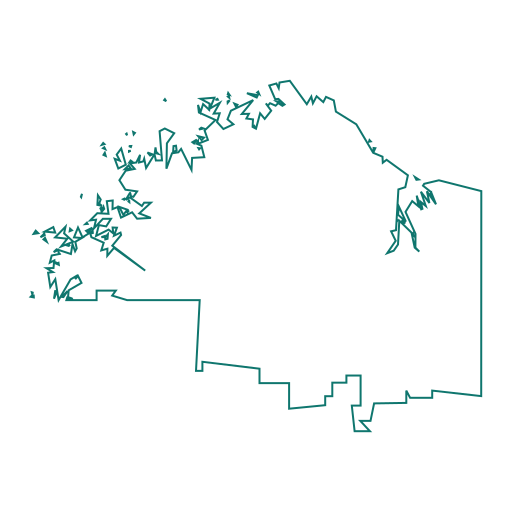 the district of Wyndham-East Kimberley, Western Australia, Australia
{"feature_id": "25037944B52727077839859", "entity_name": "Wyndham-East Kimberley", "entity_type": "district", "adm_level": 2, "iso_a3": "AUS", "parent_name": "Australia", "parent_adm1": "Western Australia", "projection": "mercator", "projection_center": [125.999, -15.512], "detail": "fine", "context": "isolated", "style": "outline", "palette": "teal", "viewbox_px": 512, "rotation_deg": 0, "n_neighbors": 0, "source": "geoboundaries", "source_scale": "gbopen_adm2", "svg_char_len": 6015}
<svg xmlns="http://www.w3.org/2000/svg" viewBox="0 0 512 512"><path d="M346.4,382.7L346.4,375.5L360.6,375.5L360.6,405.6L351.8,405.6L354.6,431.2L369.9,431.2L360.3,420.9L370.5,420.9L374.1,403.4L406.3,402.9L406.3,390.6L410.1,397.8L432.2,397.8L432.2,390.6L481.2,396.1L481.3,191.1L438.9,180.3L424.2,183.8L423.0,185.7L431.1,192.1L436.0,204.3L426.9,191.3L429.4,203.0L420.9,191.7L425.8,206.0L420.9,202.0L422.4,208.8L421.2,209.3L416.7,195.6L418.4,206.3L412.2,201.1L405.5,211.9L415.5,233.9L415.4,247.6L419.3,251.6L414.7,247.6L411.5,232.6L399.3,220.7L398.0,244.5L393.7,250.7L387.2,253.2L395.7,240.8L391.1,231.3L396.0,230.2L398.4,189.4L405.3,187.2L407.9,175.3L386.6,159.8L382.8,162.7L382.5,156.7L373.2,152.8L356.3,124.3L335.9,111.6L333.8,100.4L326.0,96.9L323.3,102.1L316.6,96.3L312.9,103.3L311.3,96.6L306.8,104.2L289.8,80.8L279.5,82.5L278.7,88.2L276.4,83.5L269.3,85.5L275.2,99.2L278.4,98.9L284.5,104.5L282.4,105.8L278.2,103.1L275.6,105.7L270.0,103.2L267.8,105.7L265.8,103.4L271.2,110.7L264.7,118.9L260.1,113.3L256.0,128.7L252.6,126.9L253.0,119.4L246.4,118.5L248.9,113.8L241.8,114.0L253.2,100.1L230.9,110.7L227.5,119.3L233.4,124.3L223.4,129.0L217.0,122.0L219.7,113.3L213.7,113.6L219.8,102.8L209.9,108.6L214.4,97.7L200.5,98.8L209.6,103.6L209.2,109.8L203.1,104.1L200.5,112.2L198.0,104.9L198.9,112.5L215.5,120.0L204.6,130.5L207.9,139.9L197.4,144.0L201.4,145.7L204.3,157.2L192.1,157.9L191.5,169.9L181.1,148.9L178.4,152.3L172.0,153.3L166.4,168.7L166.9,143.3L174.2,133.2L164.8,128.5L159.6,131.2L162.0,160.4L155.9,160.5L154.5,154.3L146.1,168.0L144.2,158.7L143.3,161.4L139.0,162.5L140.1,154.8L136.3,162.5L129.9,163.4L134.7,168.9L125.7,170.7L119.4,180.2L125.4,189.7L137.1,191.4L133.4,196.8L131.0,196.4L130.4,193.6L130.1,193.0L129.8,193.1L125.7,199.9L129.9,197.4L141.9,206.0L144.1,202.7L150.9,202.7L139.3,213.4L150.9,217.9L137.1,218.7L132.1,212.3L121.0,217.6L117.5,207.1L112.5,209.1L112.7,200.5L106.8,201.2L108.5,213.8L97.3,213.2L90.2,220.4L96.0,219.7L94.0,228.3L102.9,218.8L111.0,218.8L106.2,226.4L98.9,225.1L96.1,235.9L108.6,229.6L113.3,233.4L112.6,227.5L116.9,227.7L114.0,235.7L120.5,232.6L121.1,235.0L112.3,245.7L145.2,270.6L114.0,247.9L107.3,255.8L107.4,248.7L101.3,250.4L103.7,242.7L91.4,237.2L90.3,233.6L91.3,231.9L82.5,237.3L78.0,227.5L74.0,237.4L81.8,238.0L75.3,241.8L76.7,248.4L75.1,251.3L72.5,244.1L70.9,254.0L56.6,249.3L53.7,252.1L58.1,250.1L58.8,253.1L59.7,253.7L59.8,253.9L51.7,255.5L49.8,262.7L54.4,260.4L54.5,262.5L55.8,262.4L57.6,263.2L58.5,262.8L58.8,264.8L54.3,262.8L54.5,261.7L54.1,261.5L53.5,268.0L46.5,268.2L52.9,272.1L48.1,272.7L50.3,287.0L55.3,279.2L58.6,300.1L70.6,279.4L78.0,275.0L75.2,279.2L78.0,275.9L81.5,282.9L68.7,290.3L68.0,297.1L71.8,298.4L72.2,299.1L71.7,300.1L96.6,300.1L96.6,290.6L115.8,290.6L112.2,295.6L127.0,300.1L199.7,300.1L196.0,370.9L202.4,370.9L202.4,361.8L259.5,368.7L259.5,383.1L289.1,383.1L289.1,408.7L325.2,405.2L325.2,396.2L332.3,396.2L332.3,382.7L346.4,382.7ZM55.1,237.4L67.3,238.7L61.1,246.5L73.3,241.7L64.1,233.4L65.5,226.7L55.1,237.4ZM118.3,168.5L125.8,164.7L121.2,148.5L116.7,154.6L119.9,160.7L114.7,158.8L118.3,168.5ZM398.0,214.7L405.9,221.6L399.0,206.8L398.0,214.7ZM44.7,231.6L55.2,232.6L53.3,227.1L44.7,231.6ZM127.4,209.7L119.3,206.9L123.3,214.8L127.4,209.7ZM97.4,204.9L101.9,205.8L99.2,203.6L100.7,199.5L97.9,195.3L97.4,204.9ZM92.3,227.7L86.1,230.8L88.0,232.6L92.3,227.7ZM246.9,93.2L256.7,97.5L257.8,95.2L246.9,93.2ZM204.0,137.6L198.2,136.2L201.6,140.1L204.0,137.6ZM63.4,297.1L67.6,291.0L61.7,296.9L63.4,297.1ZM173.1,152.1L176.6,150.4L176.0,145.7L173.5,146.1L173.1,152.1ZM155.5,147.4L154.8,152.9L158.2,153.8L156.2,151.8L155.5,147.4ZM107.9,234.3L105.1,237.5L105.3,239.4L107.5,238.8L107.9,234.3ZM38.2,233.2L35.7,230.7L33.6,233.9L38.2,233.2ZM130.8,168.5L128.6,165.4L124.9,169.1L130.8,168.5ZM31.7,295.8L30.7,296.8L33.8,297.4L33.7,295.6L31.7,295.8ZM196.8,139.6L192.4,142.2L194.1,143.5L196.8,139.6ZM373.6,148.0L373.4,152.3L375.3,148.2L373.6,148.0ZM71.4,300.1L67.2,297.6L66.4,300.1L71.4,300.1ZM103.5,206.8L101.2,212.4L104.2,208.9L103.5,206.8ZM276.5,101.4L282.5,105.2L284.2,104.5L280.9,101.6L276.5,101.4ZM234.4,103.6L236.1,107.0L237.5,104.8L234.4,103.6ZM55.3,290.2L54.0,298.7L55.9,294.0L55.3,290.2ZM147.5,152.5L150.1,155.5L152.4,154.3L147.5,152.5ZM431.1,193.0L429.8,194.4L431.1,195.9L431.1,193.0ZM46.7,241.7L45.0,237.9L43.5,239.4L46.7,241.7ZM40.5,237.2L44.7,235.2L44.2,233.3L43.4,234.5L40.5,237.2ZM201.3,127.7L199.0,129.5L203.6,128.5L201.3,127.7ZM415.0,177.1L416.4,179.8L418.7,179.5L415.0,177.1ZM215.5,99.8L217.8,99.7L217.4,98.9L215.5,99.8ZM103.5,154.9L105.7,155.9L104.8,152.8L103.5,154.9ZM229.7,100.4L227.6,101.4L227.7,102.8L229.7,100.4ZM405.0,223.5L404.0,221.2L401.6,220.3L405.0,223.5ZM128.4,201.4L129.3,202.1L129.1,199.7L128.4,201.4ZM101.4,237.1L103.9,237.1L104.2,236.2L101.4,237.1ZM198.1,143.5L198.0,141.2L196.8,143.5L198.1,143.5ZM100.4,208.4L101.1,209.9L101.9,206.8L100.4,208.4ZM129.6,162.0L131.7,161.3L130.6,160.5L129.6,162.0ZM127.3,212.4L129.0,210.4L127.1,212.2L127.3,212.4ZM101.9,144.8L104.4,144.1L103.2,143.0L101.9,144.8ZM103.1,148.2L105.2,149.1L104.3,147.3L103.1,148.2ZM70.1,228.7L69.7,231.2L71.9,230.3L70.1,228.7ZM92.6,230.4L90.8,233.1L90.9,233.4L92.8,233.0L92.6,230.4ZM164.2,100.1L166.2,101.2L164.9,99.2L164.2,100.1ZM133.2,132.0L133.7,134.4L134.9,132.9L133.2,132.0ZM125.3,198.2L123.2,199.2L124.2,199.7L125.3,198.2ZM257.2,92.5L259.1,93.9L258.2,91.7L257.2,92.5ZM32.4,294.7L32.7,292.6L31.8,292.3L32.4,294.7ZM228.0,96.7L229.2,97.7L228.9,96.3L228.0,96.7ZM398.0,219.5L396.6,220.9L396.6,222.0L398.0,219.5ZM128.9,146.1L130.9,147.0L131.2,146.0L128.9,146.1ZM126.1,134.0L127.1,135.3L126.6,133.6L126.1,134.0ZM227.8,94.4L229.5,94.9L228.2,93.0L227.8,94.4ZM253.8,124.9L253.9,127.2L255.0,127.5L253.8,124.9ZM413.0,233.5L412.3,234.6L413.7,235.8L413.0,233.5ZM129.0,151.6L130.7,150.8L129.0,150.9L129.0,151.6ZM369.0,141.7L370.7,141.4L369.5,140.1L369.0,141.7ZM85.4,224.1L87.6,223.9L86.9,222.7L85.4,224.1ZM82.0,193.8L80.9,196.8L81.2,197.2L82.0,193.8ZM198.4,148.1L199.1,149.3L200.0,148.3L198.4,148.1ZM67.7,245.6L68.7,245.9L70.1,244.9L67.7,245.6Z" fill="none" stroke="#0f766e" stroke-width="2"/></svg>